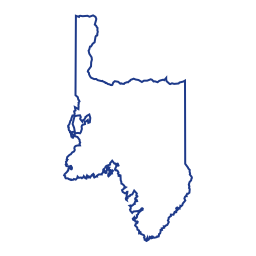 Besiko, Ngöbe Buglé, Panama
{"feature_id": "35544464B66777465067959", "entity_name": "Besiko", "entity_type": "district", "adm_level": 2, "iso_a3": "PAN", "parent_name": "Panama", "parent_adm1": "Ngöbe Buglé", "projection": "robinson", "projection_center": [-82.066, 8.549], "detail": "fine", "context": "isolated", "style": "outline", "palette": "blue", "viewbox_px": 256, "rotation_deg": 0, "n_neighbors": 0, "source": "geoboundaries", "source_scale": "gbopen_adm2", "svg_char_len": 5836}
<svg xmlns="http://www.w3.org/2000/svg" viewBox="0 0 256 256"><path d="M65.8,164.7L66.4,166.1L70.0,166.5L70.5,166.4L70.8,165.2L71.4,167.5L71.9,167.5L71.9,168.8L71.5,169.3L71.0,169.2L69.4,167.8L68.5,168.4L68.2,170.3L67.7,170.6L67.7,171.2L64.6,174.3L64.1,175.4L65.2,176.1L65.2,177.5L65.8,178.3L67.8,178.3L68.7,179.1L69.9,179.2L70.3,179.8L71.2,179.6L71.4,180.0L73.3,179.7L73.9,179.0L75.7,179.6L77.3,177.9L77.6,176.6L78.8,177.8L81.0,177.5L81.9,178.2L83.0,177.3L83.4,177.3L83.8,176.2L85.3,178.2L86.2,178.5L86.2,177.5L86.8,177.5L86.4,176.9L87.0,175.5L87.4,176.1L88.7,176.3L88.9,177.3L89.7,177.0L90.1,177.5L91.8,175.1L93.3,173.9L94.0,174.9L93.8,175.8L93.3,175.9L94.3,177.5L96.2,176.5L97.0,176.5L96.8,175.8L98.9,174.4L101.7,174.4L101.6,173.9L102.7,172.8L103.1,171.8L103.3,169.5L104.0,168.9L103.8,169.8L104.2,170.1L104.1,171.0L104.5,170.9L104.7,172.4L105.6,173.0L106.5,172.8L106.5,170.8L107.2,169.9L107.0,169.4L107.2,169.1L108.4,169.4L109.4,170.7L109.5,172.7L108.2,174.7L108.2,175.9L108.5,176.3L110.6,174.3L111.0,173.5L112.0,173.4L111.8,172.3L112.8,171.1L112.9,170.7L112.3,170.3L111.4,171.8L110.3,170.0L109.9,170.0L109.5,170.6L109.3,170.0L108.2,169.0L109.0,168.5L109.4,167.5L108.1,167.1L107.8,167.7L106.9,168.2L105.7,167.5L105.6,166.7L106.4,165.9L110.1,164.6L110.1,163.2L112.2,160.7L114.4,163.6L115.2,163.5L115.7,164.4L117.3,163.6L117.8,163.7L118.5,165.5L118.1,165.7L117.3,165.2L116.8,165.4L115.2,168.6L115.0,169.6L115.4,170.2L116.0,169.9L116.6,170.5L117.4,170.6L118.4,172.3L118.5,172.7L117.9,173.5L118.6,174.7L118.6,175.9L119.3,176.0L119.8,175.1L120.5,175.4L120.7,180.2L121.3,181.8L121.4,183.6L122.4,184.0L124.1,185.6L124.9,187.0L125.8,187.3L125.3,187.7L124.4,187.4L123.9,188.7L122.0,190.1L122.7,191.9L124.9,193.3L126.0,193.0L127.0,191.8L127.4,191.8L127.1,193.9L126.6,194.9L126.7,196.5L125.8,198.4L126.0,199.6L126.6,200.0L126.4,199.4L126.8,199.2L126.9,198.5L126.7,198.3L127.0,197.9L127.6,198.0L127.7,196.7L128.8,196.2L129.5,196.3L130.2,195.6L130.3,195.0L132.3,194.4L134.2,190.6L136.8,193.5L136.3,195.3L137.3,196.1L137.4,196.5L135.7,197.7L135.1,198.9L135.4,199.7L136.6,199.7L137.1,201.1L135.2,201.5L134.6,202.9L134.8,203.9L133.6,204.2L133.4,204.7L131.6,206.0L130.8,205.4L129.7,205.7L130.5,206.4L130.7,207.5L130.7,208.8L130.0,209.5L130.4,210.8L132.2,212.9L133.5,211.5L138.3,211.0L140.4,210.0L141.6,208.4L142.4,208.3L142.8,208.7L142.5,209.9L142.1,209.9L139.5,211.8L139.3,212.4L138.3,213.0L138.0,214.4L136.8,215.1L137.1,216.8L136.5,217.8L136.0,218.2L135.5,217.9L135.1,218.8L134.7,218.9L134.3,217.2L132.8,218.8L133.1,219.7L135.0,220.7L135.5,221.6L137.2,221.4L137.7,221.8L137.4,222.9L135.6,224.1L135.1,225.5L137.2,227.5L137.4,229.6L139.1,230.5L139.1,232.7L139.9,232.0L140.5,232.1L140.6,232.6L140.0,233.5L143.9,235.2L144.5,236.7L144.0,237.7L144.7,238.4L144.6,239.7L146.0,240.6L147.2,238.1L147.4,240.4L148.8,239.5L149.1,238.7L149.6,238.5L149.4,237.6L149.6,237.0L151.3,238.3L152.6,237.9L151.3,237.1L151.3,236.7L151.9,236.4L152.7,236.5L153.5,237.4L154.5,237.7L156.9,237.1L157.2,236.4L158.6,236.5L158.8,236.1L159.0,234.1L160.1,233.4L160.6,231.4L160.6,230.0L162.0,229.9L161.7,228.4L164.1,227.8L163.8,226.3L165.2,226.3L165.7,225.6L167.3,224.9L168.8,222.0L167.9,220.5L168.6,219.2L168.6,217.9L169.8,216.7L170.9,216.1L170.9,214.6L173.5,214.7L174.6,212.0L175.6,212.4L176.2,212.2L176.2,210.7L177.1,210.4L177.7,209.7L176.2,208.6L176.5,207.8L177.4,207.5L178.6,208.6L179.6,208.6L179.5,207.7L180.3,206.9L180.4,205.8L181.3,206.1L182.3,205.2L182.8,203.5L185.3,200.5L184.4,198.5L184.9,197.0L185.8,196.1L186.6,196.1L186.4,195.2L187.2,193.7L188.0,193.8L189.4,192.7L189.7,189.4L189.5,188.5L189.0,188.0L189.4,186.6L189.0,185.7L189.2,185.2L188.8,184.6L189.6,182.0L191.1,180.4L191.4,178.8L191.9,177.9L191.6,176.8L189.8,174.5L190.1,173.4L189.6,171.8L189.7,169.9L188.4,168.6L188.0,167.6L185.2,163.8L185.0,80.6L183.2,81.6L179.5,82.5L178.6,83.5L174.1,83.9L172.0,83.3L170.2,84.1L169.6,83.9L166.6,81.2L166.2,79.4L166.2,77.9L164.2,80.2L163.2,79.7L160.9,80.3L159.2,80.9L157.6,82.2L154.8,81.3L153.6,81.5L152.0,79.8L150.7,79.3L147.1,80.7L143.9,80.7L141.9,82.0L138.5,80.0L135.6,79.5L133.7,78.7L130.6,79.9L129.8,81.0L128.9,81.4L128.1,82.3L127.0,82.2L124.6,83.1L124.0,83.9L121.8,83.7L121.1,83.3L120.3,83.7L118.2,81.8L114.8,81.2L113.3,82.5L112.3,84.9L111.9,85.1L110.6,85.0L109.7,84.4L107.8,84.0L106.4,82.9L105.5,83.0L104.8,82.1L103.2,81.6L102.4,80.9L101.5,81.1L97.6,80.1L96.2,79.0L94.2,79.1L91.1,77.7L90.2,76.6L89.1,74.4L88.9,72.8L87.8,71.6L88.1,70.4L91.0,66.4L91.2,62.1L91.9,59.7L91.6,57.3L89.3,53.7L88.6,50.6L89.2,49.7L90.0,46.6L91.1,46.4L92.7,43.7L94.6,42.3L95.5,36.8L96.1,35.8L97.0,35.6L97.4,34.9L97.2,34.0L97.8,31.8L97.4,30.4L97.5,27.9L96.6,26.8L96.2,25.8L94.8,24.6L96.2,19.6L96.2,18.5L95.4,16.8L93.1,15.4L89.5,16.7L87.5,15.8L82.7,16.2L80.1,15.8L79.3,16.0L79.0,16.9L75.9,15.8L75.5,95.2L77.8,97.2L78.3,99.7L78.9,100.1L79.5,101.4L78.5,102.7L78.8,103.8L78.4,105.0L78.6,106.3L78.4,109.1L74.9,107.1L75.5,110.5L74.1,111.3L74.7,113.6L74.3,115.4L72.5,115.5L71.4,118.4L71.1,120.1L70.4,120.8L69.3,124.3L68.1,125.9L68.3,127.3L68.8,127.4L68.7,129.2L69.0,130.3L70.1,131.3L70.0,132.4L71.1,133.2L70.9,134.0L71.4,136.7L72.2,137.0L72.5,137.7L73.1,137.7L73.5,136.3L73.3,134.6L72.1,134.5L71.8,133.9L72.1,132.0L74.8,131.7L74.1,127.8L72.6,124.0L74.5,116.3L77.3,115.6L80.0,115.3L80.8,117.1L80.2,118.5L80.3,119.2L82.3,121.6L82.6,120.4L84.1,119.7L85.1,118.3L85.5,116.9L86.3,116.7L86.7,115.9L89.3,114.5L90.3,117.9L89.8,122.3L88.3,122.9L87.8,120.0L86.1,121.4L84.7,121.7L85.0,124.1L83.0,124.7L82.0,125.4L81.6,126.7L81.9,128.9L80.8,132.2L80.0,133.3L78.0,132.9L74.8,133.3L74.7,136.1L77.5,137.0L79.6,139.9L79.6,141.3L80.2,142.6L79.5,143.9L80.0,145.4L77.4,145.5L75.9,145.9L74.8,146.7L74.3,148.2L74.8,149.9L74.1,151.4L72.1,152.5L70.8,154.3L69.6,154.8L67.2,157.1L66.8,159.1L67.3,159.5L66.7,159.8L67.0,160.7L66.0,161.7L66.2,162.4L66.0,163.1L66.8,164.2L65.8,164.7Z" fill="none" stroke="#1e3a8a" stroke-width="2"/></svg>